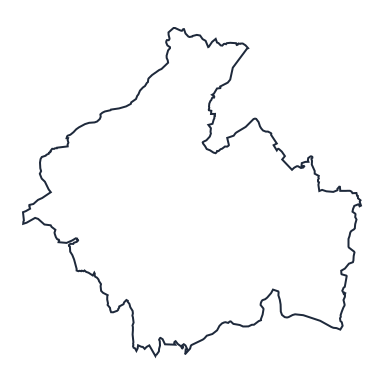 outline of Galgau, Salaj, Romania
{"feature_id": "2599482B89090137886863", "entity_name": "Galgau", "entity_type": "district", "adm_level": 2, "iso_a3": "ROU", "parent_name": "Romania", "parent_adm1": "Salaj", "projection": "mercator", "projection_center": [23.697, 47.286], "detail": "fine", "context": "isolated", "style": "outline", "palette": "slate", "viewbox_px": 384, "rotation_deg": 0, "n_neighbors": 0, "source": "geoboundaries", "source_scale": "gbopen_adm2", "svg_char_len": 5941}
<svg xmlns="http://www.w3.org/2000/svg" viewBox="0 0 384 384"><path d="M344.6,304.5L343.5,300.0L344.9,296.8L345.0,294.9L343.9,294.2L343.6,293.4L344.0,293.0L344.2,293.6L344.8,293.8L345.2,293.2L343.1,292.2L342.3,290.8L343.6,287.7L344.8,286.8L346.7,276.1L346.3,275.6L341.7,274.3L341.4,273.9L341.2,270.7L344.9,268.6L348.9,263.7L352.9,262.2L353.4,260.6L353.7,255.9L354.5,252.4L354.1,251.6L348.8,247.5L348.5,246.6L348.5,238.9L349.5,236.1L350.3,232.4L351.3,231.0L353.9,229.4L354.8,228.4L355.2,224.1L356.5,219.5L355.2,217.1L355.5,214.5L355.3,213.7L352.5,211.7L353.0,209.1L354.3,205.9L358.3,204.3L358.8,204.6L359.6,206.3L361.0,205.6L359.8,202.1L359.8,201.4L360.5,200.3L358.0,198.3L357.8,195.9L357.1,195.8L356.4,193.0L352.5,193.2L351.5,191.6L349.9,190.8L340.3,190.9L339.9,186.8L339.3,186.7L337.4,188.9L337.6,189.9L337.3,190.3L333.3,191.9L326.4,191.3L322.1,189.9L319.3,191.0L318.4,184.8L319.0,182.3L318.3,182.0L318.0,181.3L318.0,179.8L318.8,178.5L318.4,177.3L318.8,175.9L314.7,173.7L314.7,171.0L311.8,164.6L312.0,160.8L311.4,158.9L312.4,157.8L312.3,156.9L311.6,156.4L310.5,156.4L308.2,158.1L307.9,160.3L308.4,161.8L305.3,161.9L301.8,163.1L301.5,166.0L302.0,166.3L303.8,165.9L304.2,166.3L303.3,167.5L301.0,168.0L297.9,166.2L296.7,166.3L294.2,167.7L292.0,169.8L282.2,159.5L284.9,156.1L281.8,151.6L279.0,149.1L278.2,148.8L277.4,149.4L276.8,150.4L273.6,145.2L276.8,143.5L271.1,134.9L271.3,133.6L270.9,133.1L268.0,131.6L265.8,131.6L263.0,130.5L261.2,128.4L260.0,126.4L258.6,122.1L256.2,118.9L255.0,118.6L253.5,119.1L245.7,126.9L236.5,132.4L235.4,133.3L233.7,135.7L227.2,137.9L228.9,145.1L228.4,145.8L227.2,146.6L225.0,146.5L222.1,148.7L220.6,149.2L218.5,151.1L217.1,151.0L216.6,152.3L215.6,153.2L213.5,152.6L210.0,150.3L206.7,149.0L205.1,146.2L203.1,143.6L202.7,142.4L203.1,141.9L206.4,140.3L209.8,136.6L210.9,133.5L210.5,131.9L210.9,128.2L208.4,124.9L212.5,123.8L213.7,119.6L214.3,118.4L214.5,116.0L214.9,116.0L215.0,113.9L211.0,114.0L211.3,110.8L208.9,110.2L208.8,109.4L209.3,107.8L209.0,106.8L209.3,103.6L210.4,101.0L211.2,100.2L212.1,98.0L213.2,97.2L213.9,97.6L214.3,96.9L214.0,96.0L212.1,94.8L213.8,93.8L217.0,88.5L220.3,88.1L220.5,87.1L220.2,86.5L227.8,82.6L230.2,79.6L232.8,67.7L246.9,48.8L248.1,48.2L245.5,45.3L242.7,43.5L240.8,43.5L240.1,43.9L238.6,43.5L237.7,44.7L236.8,45.0L236.5,44.6L236.5,43.5L236.1,43.2L230.2,42.8L226.8,43.2L226.0,44.2L225.0,43.8L223.8,44.0L222.3,45.6L220.7,45.4L218.5,43.1L217.0,42.5L215.7,38.9L212.1,41.9L208.8,46.8L208.2,47.1L205.6,40.8L202.6,39.1L200.1,35.5L196.8,34.9L192.5,36.0L192.3,36.5L189.5,37.0L188.3,36.5L185.5,33.5L184.0,29.1L183.3,29.1L181.9,30.8L180.5,30.5L175.0,28.0L173.5,28.0L168.5,32.4L168.6,34.8L169.5,38.4L169.4,39.2L168.7,40.2L166.9,40.1L166.3,41.2L166.2,42.6L167.4,45.4L170.0,47.2L170.0,48.2L168.1,50.4L166.6,55.7L166.7,58.0L167.7,60.2L168.1,62.7L161.5,69.0L159.2,70.0L152.1,75.0L148.8,78.2L148.3,79.0L147.9,82.1L146.8,83.0L145.0,86.0L142.9,87.5L140.0,90.6L138.3,94.6L137.3,95.7L136.0,99.0L131.2,102.4L130.8,103.9L126.1,106.4L119.1,108.4L110.9,109.6L110.6,110.2L104.8,111.5L102.4,112.7L100.4,114.4L100.7,116.8L99.8,119.0L97.1,121.5L94.6,122.4L89.2,122.8L85.0,124.1L79.0,127.3L76.2,129.3L73.5,132.2L70.4,134.7L67.7,135.7L67.1,136.4L66.6,138.1L68.1,138.1L67.6,139.9L68.4,142.7L67.6,144.5L67.7,146.4L57.0,147.7L56.9,148.2L55.0,148.3L54.1,148.9L52.2,148.8L50.6,150.8L50.8,151.3L50.0,151.9L50.1,152.3L48.9,152.8L48.8,153.7L46.4,154.8L45.7,155.7L41.8,157.0L40.6,159.0L40.0,162.6L40.3,168.3L41.1,171.1L39.8,173.8L41.7,178.6L44.9,181.7L48.7,189.5L50.8,192.2L42.2,198.0L38.0,199.9L33.4,204.0L29.5,204.9L29.6,206.1L29.3,206.2L30.1,208.7L25.7,211.2L23.0,212.2L23.9,220.5L23.4,221.6L23.2,223.8L26.6,222.7L35.1,217.9L38.1,218.9L44.4,224.5L50.7,225.3L51.6,226.9L55.4,229.8L54.5,232.7L54.8,234.0L55.9,237.2L57.1,239.1L58.8,239.7L58.7,240.6L59.1,240.8L58.6,242.2L66.6,242.9L72.1,240.5L75.8,238.3L77.1,238.6L77.0,239.7L78.0,240.0L78.1,240.5L76.7,241.9L74.0,242.7L73.3,243.9L70.4,243.8L68.9,245.1L69.0,246.0L69.6,246.2L69.9,246.7L70.2,251.7L72.3,255.0L74.1,259.5L76.6,268.8L76.6,270.5L78.3,271.2L79.7,270.8L81.2,271.2L81.7,270.7L83.7,271.2L84.5,270.5L86.2,271.9L88.5,272.7L92.8,275.5L94.3,272.7L94.8,273.7L94.6,275.1L95.2,276.7L97.0,277.7L98.5,279.5L99.0,281.1L101.0,284.1L100.6,286.1L101.1,290.8L103.0,292.8L107.7,295.2L107.3,296.1L107.2,299.5L108.0,303.4L107.6,304.9L110.0,307.9L110.3,310.0L111.1,312.2L113.1,312.3L117.2,310.8L118.2,309.8L118.3,308.8L119.2,307.7L119.2,306.5L123.5,304.2L124.1,302.4L126.4,300.0L127.8,300.8L127.6,301.6L129.4,303.9L130.3,307.2L132.6,310.9L132.9,313.3L132.4,315.7L132.9,317.2L133.6,322.6L132.5,325.5L132.9,327.0L132.9,330.3L132.6,334.5L133.4,342.2L133.1,343.8L133.4,345.0L133.0,346.1L133.6,347.7L135.1,348.4L136.4,350.9L137.6,348.5L138.1,345.3L141.4,346.8L142.8,346.9L144.7,348.9L146.6,346.9L149.3,345.4L155.4,356.0L155.7,355.1L156.7,354.5L158.9,351.4L159.1,348.8L160.0,345.6L159.8,341.2L159.1,339.8L159.9,338.2L160.5,337.9L162.6,339.2L165.0,344.3L175.3,344.7L174.2,343.0L174.6,341.8L175.6,341.2L177.8,344.0L181.0,346.3L182.0,348.3L182.4,348.4L183.1,347.3L182.9,346.3L182.2,345.4L183.8,344.2L184.4,344.6L185.5,345.5L187.1,348.9L186.8,349.4L185.7,349.4L185.4,353.1L184.9,354.4L190.1,348.6L190.8,346.0L191.4,345.1L202.8,339.6L204.4,338.4L206.8,335.7L212.4,334.0L217.1,330.3L219.5,325.8L222.0,323.4L224.0,322.5L225.4,322.2L228.2,322.9L229.6,321.6L230.7,321.4L233.4,323.9L239.8,325.0L243.1,326.5L248.4,326.4L251.8,324.8L254.0,324.7L258.7,321.1L261.0,320.2L260.9,319.2L262.6,314.6L263.5,309.3L263.4,308.5L260.6,305.0L260.8,303.2L261.5,301.4L262.4,300.2L265.2,299.2L267.2,297.6L271.1,293.1L273.0,289.6L278.3,291.4L278.6,292.4L278.4,295.3L279.8,299.7L280.6,304.5L280.8,311.6L282.0,314.9L284.7,317.1L287.0,317.5L288.6,317.1L292.6,315.0L295.1,314.3L303.3,315.2L320.2,320.8L331.4,327.0L333.4,327.8L336.5,328.1L340.3,329.6L342.6,325.8L341.8,322.3L340.4,321.0L340.0,318.3L340.8,316.8L340.6,315.2L341.8,311.6L343.4,307.5L344.5,305.6L344.6,304.5Z" fill="none" stroke="#1e293b" stroke-width="2"/></svg>